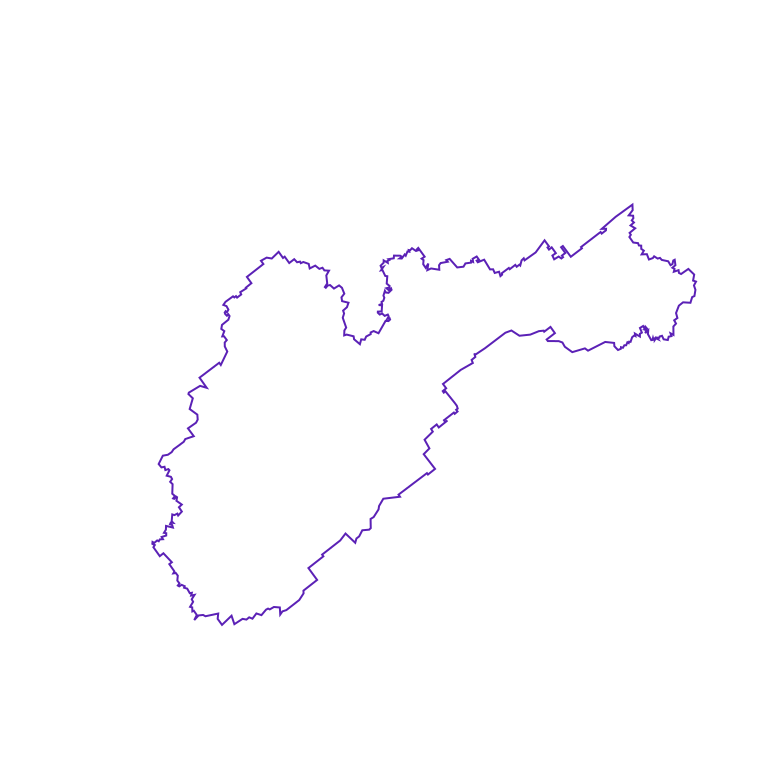 the district of Bathurst, New South Wales, Australia, rotated 224°
{"feature_id": "25037944B26387144583263", "entity_name": "Bathurst", "entity_type": "district", "adm_level": 2, "iso_a3": "AUS", "parent_name": "Australia", "parent_adm1": "New South Wales", "projection": "equal_earth", "projection_center": [149.529, -33.473], "detail": "fine", "context": "isolated", "style": "outline", "palette": "violet", "viewbox_px": 768, "rotation_deg": 224, "n_neighbors": 0, "source": "geoboundaries", "source_scale": "gbopen_adm2", "svg_char_len": 6145}
<svg xmlns="http://www.w3.org/2000/svg" viewBox="0 0 768 768"><g transform="rotate(224 384 384)"><path d="M329.9,685.6L333.5,665.2L335.1,646.9L332.1,649.9L331.1,648.7L331.9,643.4L333.8,643.8L337.4,619.4L335.9,619.1L338.0,605.3L351.2,607.5L351.6,605.4L344.6,604.2L345.2,599.9L343.3,599.6L343.6,597.5L346.9,597.0L348.2,591.9L352.1,593.4L351.3,597.5L358.3,598.8L358.7,595.3L361.2,595.8L360.9,597.6L368.3,598.9L366.3,584.0L368.8,570.6L370.8,571.5L370.9,568.5L368.3,563.9L369.5,563.9L370.0,560.5L372.3,560.9L373.3,553.9L374.8,554.2L376.2,545.6L375.0,544.7L375.2,542.5L379.2,544.7L381.5,540.8L385.2,542.3L387.3,540.1L398.3,543.0L401.1,536.7L403.0,537.1L402.1,539.4L405.9,540.1L407.2,535.6L404.7,533.7L406.9,533.0L405.7,531.8L409.2,527.3L408.3,523.6L412.3,518.7L423.7,519.6L425.3,516.4L423.1,516.2L427.3,510.3L426.9,507.7L423.6,504.6L430.4,499.8L431.9,496.0L435.8,501.4L434.7,496.5L439.0,497.4L441.6,500.6L444.0,500.3L443.2,503.8L453.9,505.7L453.9,503.8L452.5,503.6L453.4,501.9L458.2,501.1L458.1,498.3L459.2,497.6L457.7,496.7L459.2,495.7L457.5,491.4L459.1,491.6L458.4,486.6L460.0,485.2L459.5,487.9L461.4,487.6L466.0,483.3L464.3,481.2L467.5,476.9L466.3,476.9L467.0,474.9L465.5,473.8L470.1,472.7L468.5,471.0L468.6,466.7L466.5,465.8L465.8,467.7L465.1,463.7L464.3,464.9L458.2,462.6L456.5,463.8L451.8,458.1L448.0,458.4L447.3,457.0L448.8,454.6L445.8,454.8L445.4,457.7L444.0,457.0L444.1,452.7L446.2,451.1L448.1,451.7L445.8,447.2L443.7,446.3L442.3,443.4L442.8,441.3L441.0,440.2L442.7,437.1L440.0,439.2L436.1,434.6L438.7,431.8L438.0,431.0L435.3,431.0L434.3,433.4L430.8,433.5L429.5,436.6L427.6,435.9L426.9,433.1L425.7,435.2L424.4,434.6L424.5,432.4L426.7,430.4L423.2,416.7L428.2,414.9L429.4,411.8L428.2,410.6L429.8,405.8L428.6,402.4L431.4,400.3L429.0,395.9L436.6,395.4L439.0,397.2L445.2,393.6L446.4,391.3L449.7,395.0L450.4,398.3L459.7,403.0L461.7,407.0L464.4,408.4L464.0,413.5L466.0,417.8L471.7,414.5L474.8,416.8L475.3,421.4L481.1,424.0L484.8,423.7L486.3,417.9L491.5,417.7L492.9,415.8L492.7,412.8L493.9,412.7L494.7,416.9L500.9,422.0L502.3,427.3L505.8,424.3L509.0,424.9L510.5,421.9L515.7,421.4L517.7,415.5L521.6,418.1L526.8,415.7L527.8,413.1L529.4,413.7L531.1,411.2L535.3,411.4L536.2,405.2L543.9,406.6L544.2,404.5L551.6,405.9L551.9,396.3L556.2,393.4L558.1,387.2L554.1,386.5L557.0,365.8L549.4,364.4L550.3,357.3L549.5,357.1L551.2,350.2L548.9,349.2L549.4,346.1L549.7,344.1L551.5,344.4L551.8,342.3L553.5,342.2L555.1,333.0L554.5,329.3L551.4,330.6L547.6,329.4L546.8,326.5L548.5,326.4L548.2,324.7L546.7,324.0L544.4,324.0L544.5,326.0L542.3,325.6L540.6,322.1L541.6,314.0L539.3,310.6L535.6,311.1L533.4,305.9L532.2,307.2L527.6,306.4L527.4,303.2L524.6,300.4L519.3,298.5L514.6,284.3L517.3,284.8L521.1,260.4L508.9,258.1L515.0,254.9L518.4,242.2L517.7,240.9L511.6,240.9L506.4,231.0L497.0,232.3L493.3,229.0L492.3,225.6L494.2,215.9L484.6,214.3L488.7,206.4L487.9,203.3L490.0,190.8L489.4,187.5L490.3,183.0L493.3,178.8L490.5,169.9L486.2,169.4L484.4,172.0L481.5,170.2L480.0,173.0L478.4,172.9L476.6,167.1L472.8,169.2L470.4,168.4L469.9,165.1L466.5,165.1L460.1,158.0L456.6,158.2L456.2,155.2L455.1,155.7L455.3,158.6L454.2,158.8L452.2,155.8L445.7,156.8L445.9,152.9L440.8,151.8L440.7,146.4L442.6,147.2L443.7,144.1L445.7,143.1L441.4,137.8L439.1,137.7L441.1,136.1L440.5,134.5L438.4,135.4L436.1,134.1L442.2,130.5L439.7,127.7L438.9,124.1L437.0,125.4L435.4,123.7L437.7,119.5L435.2,118.8L437.3,116.5L436.8,114.4L438.5,113.9L438.9,110.1L440.8,109.6L439.6,108.1L437.0,108.9L436.5,106.4L425.7,104.4L425.1,109.0L412.8,108.4L413.3,105.3L404.6,103.6L404.0,101.4L402.5,103.4L399.2,102.9L396.1,99.0L392.6,98.5L392.3,95.8L390.7,96.2L390.1,98.9L386.9,100.1L386.3,98.6L383.4,100.1L378.4,98.6L377.2,100.3L375.8,97.8L373.8,100.7L372.8,95.6L370.0,94.7L368.7,89.0L366.8,90.1L363.9,87.3L363.3,88.8L358.2,87.8L356.5,82.4L356.6,88.7L353.7,92.2L351.1,92.9L343.8,103.7L340.5,99.5L333.2,98.2L332.7,111.4L324.8,107.3L322.6,116.8L319.3,119.0L318.9,122.5L315.6,123.8L316.4,130.3L311.6,132.6L312.1,139.7L311.4,141.9L309.6,142.5L308.3,147.1L303.7,150.9L298.5,146.1L299.1,149.9L297.2,153.5L294.9,169.7L296.4,177.5L298.4,179.4L296.0,196.6L310.5,199.1L307.9,217.9L310.0,218.3L306.8,241.0L307.8,249.7L294.4,249.8L296.5,253.7L296.0,257.1L298.0,263.7L293.5,268.9L293.4,271.1L299.9,277.6L299.0,281.1L300.8,290.0L302.8,292.8L304.8,301.0L294.2,314.0L296.7,314.5L291.2,349.7L289.5,349.4L288.3,358.4L306.7,361.1L306.6,369.2L316.1,372.1L315.8,383.6L318.9,384.4L318.0,391.5L314.4,390.8L313.0,401.8L313.8,399.2L315.7,399.6L313.9,412.0L312.4,411.7L312.0,415.3L314.2,415.6L313.9,417.5L316.4,418.9L319.8,419.5L334.7,421.4L335.0,419.3L336.8,419.7L336.3,424.1L341.6,425.0L338.6,447.5L334.7,460.8L337.7,462.2L337.1,466.9L340.3,468.7L338.7,468.4L336.2,479.9L332.3,505.2L329.5,511.0L320.1,512.8L313.1,521.1L309.3,529.6L306.2,533.3L305.1,532.9L303.9,540.7L296.4,539.3L297.9,529.0L296.0,528.7L288.1,536.2L284.5,537.8L279.8,536.4L270.7,537.7L264.2,549.2L260.4,549.7L254.1,567.9L247.0,573.4L244.5,571.2L239.3,571.0L238.1,573.8L239.1,575.1L237.3,576.0L238.0,578.8L236.7,580.1L237.9,583.1L236.4,583.4L237.1,584.7L235.9,585.6L238.0,590.0L237.7,592.7L236.4,593.1L238.5,594.6L232.9,595.9L234.8,597.9L234.2,600.1L238.8,602.1L237.9,605.7L235.0,604.7L235.9,606.8L233.5,606.6L234.2,604.4L232.8,605.3L231.4,602.1L231.2,606.1L228.8,603.2L222.2,601.2L221.5,602.2L222.5,604.0L221.1,603.2L220.9,605.2L219.8,603.9L220.1,605.8L217.8,606.6L219.8,607.0L218.1,608.5L218.7,609.7L217.5,611.8L213.9,610.4L210.4,612.8L212.1,615.8L210.5,618.1L213.1,619.5L209.9,620.4L215.8,626.4L215.9,630.3L219.5,631.4L218.8,635.3L223.2,637.9L226.3,645.2L225.6,650.5L220.0,655.3L222.7,660.6L221.8,662.9L225.4,668.1L229.5,670.2L230.7,674.4L233.5,673.1L236.9,678.2L245.0,678.2L246.7,669.5L249.0,668.8L251.2,670.5L253.5,666.1L254.9,668.6L257.3,668.0L256.9,671.9L261.2,675.3L261.7,673.8L259.8,670.6L260.4,668.5L264.8,669.7L270.4,666.2L273.1,666.4L274.3,664.3L278.4,663.5L278.1,661.3L279.9,657.6L285.1,660.0L288.7,656.2L289.7,660.4L292.8,659.9L295.1,662.2L296.9,660.7L299.1,661.8L303.0,658.9L309.6,660.2L310.1,662.8L312.3,663.3L311.5,670.5L316.8,669.3L316.4,673.8L319.4,673.8L319.8,676.5L321.7,678.1L325.1,675.3L325.9,681.8L329.9,685.6Z" fill="none" stroke="#5b21b6" stroke-width="2"/></g></svg>